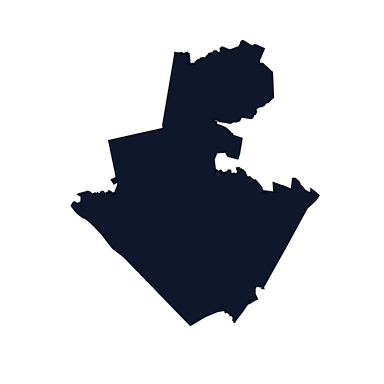 Palsmanes pag., Smiltenes, Latvia (orthographic projection), rotated 250°
{"feature_id": "27541924B2832200646893", "entity_name": "Palsmanes pag.", "entity_type": "district", "adm_level": 2, "iso_a3": "LVA", "parent_name": "Latvia", "parent_adm1": "Smiltenes", "projection": "orthographic", "projection_center": [26.198, 57.386], "detail": "fine", "context": "isolated", "style": "filled", "palette": "ink", "viewbox_px": 384, "rotation_deg": 250, "n_neighbors": 0, "source": "geoboundaries", "source_scale": "gbopen_adm2", "svg_char_len": 6023}
<svg xmlns="http://www.w3.org/2000/svg" viewBox="0 0 384 384"><g transform="rotate(250 192 192)"><path d="M67.3,144.9L70.5,161.7L71.1,175.1L70.6,177.7L69.9,181.5L69.2,182.0L69.0,182.4L67.7,182.1L67.3,182.2L67.2,182.7L67.3,183.7L67.2,184.1L65.8,184.7L64.9,185.6L64.2,185.8L62.9,185.6L62.4,187.4L61.8,187.3L60.5,188.0L59.8,187.6L59.0,187.6L57.9,186.8L57.9,187.5L57.5,187.7L55.4,186.9L55.2,187.0L55.1,187.6L56.5,189.1L62.6,198.7L67.7,205.9L67.9,209.3L68.4,210.7L69.2,216.9L74.4,216.2L79.7,218.1L81.4,219.8L80.4,223.5L79.6,223.5L80.1,224.7L79.7,225.4L79.3,225.6L77.5,224.8L76.8,226.4L78.5,226.5L78.6,226.9L109.1,262.3L137.6,294.7L141.7,304.6L142.6,306.2L145.3,310.0L145.9,309.9L147.5,308.7L148.2,308.6L150.3,307.4L154.2,304.9L150.6,303.5L152.2,301.0L155.2,298.6L158.5,297.6L161.6,296.2L165.0,296.0L169.5,293.5L170.2,291.2L169.1,290.8L160.4,286.2L165.6,280.6L165.7,279.6L166.8,279.6L167.0,278.7L173.0,271.6L163.7,268.9L168.4,260.0L165.9,260.5L168.2,258.5L172.6,259.0L181.5,255.7L181.6,254.8L182.2,253.9L186.6,251.4L186.7,249.2L186.8,249.1L190.2,248.6L192.5,248.7L193.8,247.8L195.0,247.7L195.6,246.4L196.6,246.2L196.7,244.8L196.9,244.6L197.4,244.5L198.0,245.0L198.5,244.8L198.8,243.6L199.3,243.0L199.3,242.4L199.1,242.2L197.8,241.9L196.1,242.3L195.1,241.8L194.8,242.1L194.8,242.9L194.0,242.8L193.7,242.5L193.6,242.0L194.3,240.5L194.0,239.6L194.3,238.8L193.0,238.8L192.8,238.0L192.9,237.7L193.2,237.5L194.8,238.0L195.2,237.9L195.4,237.4L195.2,236.1L195.5,236.0L195.7,235.0L196.0,234.8L199.0,235.5L199.7,235.1L200.0,233.9L199.8,233.2L199.0,232.0L198.9,231.4L199.1,230.5L199.0,230.2L198.4,229.7L200.5,227.1L200.1,226.8L199.3,226.7L199.0,226.3L199.5,225.9L200.6,225.7L201.0,225.8L201.2,226.2L202.0,226.8L202.5,226.5L202.5,225.9L202.1,224.4L202.2,223.7L203.5,223.3L204.1,222.8L202.9,221.0L215.2,223.8L220.6,228.8L218.1,237.1L213.4,237.9L207.5,246.5L211.4,249.4L225.3,257.3L231.0,249.9L233.2,249.7L233.8,248.6L235.9,248.2L240.4,245.8L243.9,242.3L247.4,237.8L249.6,239.1L250.6,238.0L250.7,236.9L251.0,236.4L252.8,238.5L252.8,238.9L248.7,242.2L248.5,243.0L247.5,244.5L246.7,246.3L243.8,251.0L243.6,251.6L243.6,253.2L244.1,254.3L244.0,255.1L243.7,255.4L242.8,257.9L242.8,261.0L245.7,264.0L240.8,273.0L241.6,275.0L242.8,275.6L243.9,277.1L243.7,277.1L243.3,277.9L243.5,278.1L243.8,277.8L244.4,277.9L244.3,278.8L244.8,279.0L244.8,279.5L245.7,280.0L246.6,279.7L246.8,280.0L247.0,279.9L247.5,280.3L248.6,280.6L248.5,280.9L248.8,281.4L248.4,281.8L249.0,282.6L249.0,283.5L249.3,284.4L249.1,284.6L249.3,284.8L249.0,285.0L248.9,285.4L249.1,285.8L249.0,286.3L248.5,286.8L248.4,287.3L248.7,288.2L248.8,289.2L249.3,290.2L249.8,290.7L250.1,291.7L250.8,292.6L250.2,294.1L250.5,294.4L250.5,294.8L250.8,295.0L250.7,295.5L251.4,295.9L251.3,296.2L251.4,296.4L251.3,296.6L251.8,297.3L251.9,297.9L252.1,298.2L252.9,300.3L253.0,300.8L277.0,308.4L288.8,302.2L289.1,299.9L290.6,299.4L292.5,300.0L302.0,308.9L308.0,302.6L308.9,301.4L308.3,298.3L316.7,291.8L316.8,291.5L316.9,290.7L316.5,289.7L313.9,287.6L312.4,285.7L312.4,276.3L312.7,275.6L317.4,270.5L317.9,269.5L317.7,268.7L317.3,268.1L317.1,268.5L316.9,268.4L316.3,267.6L316.0,267.7L315.7,268.2L315.5,267.9L315.5,267.4L314.9,267.6L314.7,267.6L314.5,267.1L314.0,267.3L313.8,266.8L313.5,266.9L313.7,266.4L313.1,266.3L313.1,265.7L312.7,265.7L313.0,265.3L312.7,264.9L316.5,262.8L316.4,262.4L315.8,262.3L315.7,262.0L316.6,261.7L316.5,261.3L316.9,260.7L316.3,260.1L315.7,259.0L315.9,256.8L315.2,256.5L315.4,256.0L315.4,255.5L316.1,255.8L315.9,255.3L315.5,255.2L316.0,254.7L314.8,254.0L315.0,253.4L314.6,252.8L314.7,252.7L314.4,252.5L314.2,252.0L313.8,252.5L313.2,251.7L313.5,251.5L313.3,249.7L314.0,249.1L314.2,247.6L314.6,247.4L314.6,245.9L314.4,245.7L314.2,246.1L314.2,245.2L313.6,244.9L313.9,244.3L313.2,243.9L313.8,243.6L314.0,243.2L312.9,243.2L313.9,241.9L313.8,241.5L313.5,241.4L313.2,241.7L312.8,241.5L313.3,241.0L313.1,239.7L312.9,239.3L311.7,239.4L311.4,239.1L311.2,238.8L311.1,238.1L311.8,238.0L311.9,237.8L311.8,237.2L312.7,236.5L312.8,236.3L312.3,235.8L312.4,235.4L312.2,235.0L312.6,234.8L313.2,234.2L314.1,234.2L313.8,233.1L314.2,232.4L314.9,232.9L314.9,233.5L315.3,233.5L315.5,233.2L315.8,233.3L315.9,233.7L315.6,233.9L315.5,234.3L316.3,234.4L316.7,235.1L317.2,235.2L318.3,234.9L319.0,235.2L319.2,234.9L319.6,235.3L319.6,235.8L320.5,235.7L321.4,236.1L321.8,235.6L322.4,235.8L322.6,235.4L322.9,236.2L323.3,235.6L323.9,235.5L323.8,235.1L323.0,234.8L323.6,234.1L324.6,235.2L324.7,234.5L325.1,234.3L324.7,233.7L324.7,233.2L324.3,233.3L324.7,232.7L323.9,231.9L324.6,231.5L324.6,231.0L324.1,230.8L324.1,230.4L324.5,230.2L325.1,230.8L325.3,230.2L325.8,230.2L325.5,229.5L326.3,229.8L326.4,229.2L325.8,228.1L326.1,227.9L326.8,228.1L326.9,226.9L326.6,226.8L326.6,226.3L327.5,226.3L327.6,225.5L328.2,224.7L328.2,224.4L328.8,224.0L328.9,223.7L325.5,222.0L264.7,187.4L261.5,186.9L268.7,131.4L231.5,126.0L231.1,120.4L226.3,121.6L227.3,126.3L223.4,124.3L219.7,121.0L219.2,120.4L216.9,118.8L216.8,118.5L217.5,118.9L217.7,118.7L216.8,117.8L217.2,117.4L216.9,117.2L217.1,116.9L217.7,117.1L217.6,116.7L218.0,116.2L218.8,116.6L219.1,116.5L220.1,115.5L219.8,115.0L220.1,114.7L220.4,114.7L220.7,115.1L221.6,114.5L221.3,114.2L220.4,113.9L220.3,113.7L220.6,112.9L220.2,112.5L218.7,112.6L218.4,112.3L218.7,111.9L220.0,111.7L220.5,111.4L219.7,109.9L219.6,109.4L219.6,109.2L220.9,109.4L222.9,108.6L223.1,108.2L222.9,107.5L223.2,106.5L223.1,106.0L221.5,105.0L221.4,104.6L222.2,103.6L223.6,102.9L222.7,101.6L222.7,100.9L224.2,100.5L224.0,100.1L224.0,99.1L224.0,97.4L226.8,96.0L228.2,94.2L228.5,93.3L228.3,92.2L229.0,84.5L228.8,84.0L225.7,86.6L220.0,84.0L220.5,81.7L219.6,81.0L220.6,79.6L221.3,79.4L222.4,78.5L222.8,78.1L223.0,77.5L220.9,74.6L220.2,74.0L216.2,75.1L212.5,76.4L208.9,78.4L204.9,81.1L205.3,81.6L200.8,84.7L194.4,88.0L182.3,93.2L170.7,96.7L166.9,98.1L165.6,98.7L156.8,104.4L151.7,107.1L136.3,113.9L136.5,114.2L131.9,115.8L128.8,117.4L123.5,119.6L123.7,120.0L119.5,121.5L113.6,124.4L113.3,124.2L112.7,124.5L102.9,129.0L100.6,130.1L100.6,129.9L67.3,144.9Z" fill="#0f172a" stroke="#020617" stroke-width="1.5"/></g></svg>